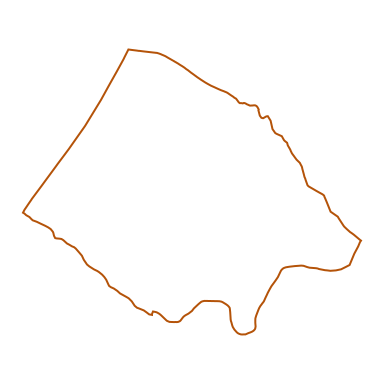 Sageata, Buzau, Romania (orthographic projection)
{"feature_id": "2599482B66613850567088", "entity_name": "Sageata", "entity_type": "district", "adm_level": 2, "iso_a3": "ROU", "parent_name": "Romania", "parent_adm1": "Buzau", "projection": "orthographic", "projection_center": [27.041, 45.126], "detail": "fine", "context": "isolated", "style": "outline", "palette": "amber", "viewbox_px": 384, "rotation_deg": 0, "n_neighbors": 0, "source": "geoboundaries", "source_scale": "gbopen_adm2", "svg_char_len": 3873}
<svg xmlns="http://www.w3.org/2000/svg" viewBox="0 0 384 384"><path d="M263.7,301.5L264.0,301.1L264.3,300.4L265.5,297.7L266.9,294.8L267.8,292.8L269.5,289.6L271.3,286.4L272.0,285.4L272.9,284.2L275.3,280.9L277.9,277.1L280.8,271.0L281.7,269.7L283.3,268.3L284.4,267.8L285.9,267.3L289.5,266.7L294.7,266.1L301.2,265.6L303.5,265.8L304.7,266.2L307.3,267.1L309.6,267.7L316.0,268.2L317.7,268.5L318.9,269.0L325.0,270.2L327.3,270.4L330.4,270.8L335.9,270.4L341.1,269.3L345.9,266.9L349.6,265.0L354.3,253.7L358.2,246.4L359.5,243.3L359.9,242.3L360.7,241.1L361.0,240.6L360.5,240.3L359.9,239.8L356.1,236.6L353.7,234.6L351.1,232.7L350.4,232.3L349.8,231.8L346.8,229.1L344.2,226.6L343.4,225.5L338.7,218.3L337.8,216.7L330.6,211.7L326.7,202.0L325.0,198.0L324.4,196.7L324.2,195.9L324.0,195.5L322.5,194.3L319.2,192.5L316.0,190.7L313.8,189.4L308.8,186.5L308.0,185.8L307.5,185.2L305.6,179.9L305.2,178.5L304.5,177.0L303.8,174.2L302.3,168.7L302.1,167.6L301.7,166.3L301.3,165.7L299.8,162.8L297.4,160.5L296.5,159.6L296.0,158.9L295.4,158.1L291.9,153.3L291.4,152.2L291.0,151.5L290.8,151.0L290.5,150.3L290.3,149.7L287.8,145.4L287.1,142.8L284.6,140.8L283.9,140.0L281.8,136.2L276.7,133.9L275.3,133.1L272.5,129.1L271.4,124.2L270.6,120.7L267.8,116.2L266.3,116.4L263.2,118.2L262.5,118.1L261.4,117.8L259.8,115.6L258.4,110.2L258.6,109.8L258.7,109.7L258.6,109.3L258.5,109.1L257.5,107.2L256.5,106.0L255.3,105.4L254.3,105.3L252.3,105.5L250.0,105.6L249.7,105.5L247.7,104.6L246.7,104.2L246.0,103.7L245.4,103.4L244.6,103.1L244.1,103.0L243.8,103.0L242.8,103.4L241.9,103.2L241.0,103.1L239.8,103.1L238.7,102.3L238.4,101.8L236.1,98.7L234.7,97.9L234.2,97.6L233.3,96.8L230.7,95.1L229.4,94.2L228.4,93.5L227.4,92.8L225.5,91.9L225.1,91.8L224.0,91.3L221.0,90.2L217.6,88.7L216.3,88.1L215.0,87.5L214.8,87.4L211.0,85.7L207.9,84.0L205.3,82.5L202.5,80.7L200.8,79.6L199.5,78.7L198.0,77.7L197.0,77.0L192.1,73.4L191.2,72.8L190.6,72.3L187.8,70.1L187.0,69.6L186.1,69.0L184.5,67.7L182.1,66.1L181.4,65.7L179.3,64.4L178.3,63.7L177.1,63.0L170.2,59.0L167.4,57.4L166.1,56.6L165.2,56.1L163.6,55.4L161.9,54.7L160.6,54.1L158.9,53.5L157.0,52.9L156.4,52.9L156.1,52.9L155.9,52.8L154.0,52.6L143.5,51.4L139.6,50.9L139.2,50.9L138.9,50.9L137.0,50.6L134.6,50.3L132.2,50.0L128.4,49.5L124.3,57.6L123.6,59.1L116.8,71.5L110.5,82.7L108.1,87.0L101.0,99.9L85.1,125.9L68.7,149.2L57.7,163.9L55.9,166.4L45.3,180.8L41.5,186.0L31.8,199.0L31.4,199.7L28.7,203.6L25.6,208.2L24.6,209.6L23.0,212.7L24.5,213.6L26.2,215.2L29.4,217.0L31.2,218.9L32.7,220.3L36.8,221.8L40.3,223.5L45.2,225.8L48.2,227.4L50.7,229.1L52.8,231.7L53.3,232.8L54.0,235.8L55.2,238.1L56.5,238.4L59.8,238.7L61.5,239.0L63.4,240.2L67.0,243.5L69.1,244.6L72.1,246.4L74.1,247.2L75.7,248.5L79.1,252.4L81.9,255.7L83.8,259.8L87.0,264.5L89.3,266.4L94.0,269.4L97.3,271.0L99.0,272.1L102.1,274.6L104.3,277.0L106.2,279.7L108.4,284.5L109.1,285.9L110.9,287.2L113.8,288.5L117.3,290.9L120.0,293.4L126.5,297.0L128.7,298.3L130.8,300.4L131.8,301.4L134.7,305.8L137.1,307.8L138.6,308.3L143.8,310.4L146.6,312.4L149.2,314.4L152.0,314.9L152.0,314.0L153.0,311.5L153.6,311.6L156.0,312.1L157.5,312.7L158.7,313.5L159.2,313.7L161.0,315.2L166.0,320.0L166.9,320.8L168.5,321.5L169.5,321.9L174.4,322.1L175.8,322.0L176.8,322.1L178.2,321.9L179.8,321.2L180.5,320.6L183.0,317.3L184.0,316.3L185.4,315.3L188.5,313.6L192.0,310.9L193.9,308.4L198.6,304.0L201.0,302.0L202.2,301.4L204.3,300.9L219.2,301.2L221.3,301.6L222.5,302.1L225.8,304.1L227.6,305.4L228.7,306.5L229.6,307.7L229.8,308.5L230.2,312.1L230.6,318.4L230.6,319.0L230.9,320.9L231.4,322.3L232.2,325.3L232.8,327.0L234.4,329.6L236.8,332.3L237.9,333.2L239.3,333.9L240.9,334.4L242.5,334.5L243.7,334.4L245.5,334.4L248.4,333.1L250.4,332.4L252.2,331.6L253.6,330.7L254.8,329.4L255.2,328.6L255.6,326.5L255.3,322.9L255.3,320.2L255.4,318.3L256.2,315.6L258.3,310.1L259.2,308.0L260.5,305.8L261.6,304.4L262.2,303.5L263.3,302.2L263.5,301.9L263.7,301.5Z" fill="none" stroke="#b45309" stroke-width="2"/></svg>